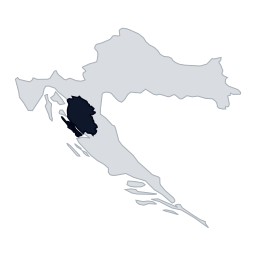 location of Licko-Senjska within Croatia
{"feature_id": "HRV-1584", "entity_name": "Licko-Senjska", "entity_type": "County", "adm_level": 1, "iso_a3": "HRV", "parent_name": "Croatia", "parent_adm1": "", "projection": "natural_earth1", "projection_center": [15.249, 44.713], "detail": "fine", "context": "in_parent", "style": "filled", "palette": "ink", "viewbox_px": 256, "rotation_deg": 0, "n_neighbors": 0, "source": "natural_earth", "source_scale": "10m", "svg_char_len": 6312}
<svg xmlns="http://www.w3.org/2000/svg" viewBox="0 0 256 256"><path d="M17.7,77.5L19.1,79.4L29.2,81.8L31.4,80.8L32.7,79.2L32.7,78.2L33.6,77.9L37.1,79.4L48.0,79.2L50.2,78.0L54.3,71.3L55.6,70.7L56.5,71.0L57.1,73.0L58.7,74.9L64.2,79.4L66.2,79.9L68.2,78.7L70.3,78.3L76.3,80.7L81.3,81.2L85.1,79.9L83.2,76.3L82.9,74.5L83.2,72.9L85.7,71.3L85.6,70.6L82.5,67.8L82.7,67.0L89.4,63.9L95.9,62.1L97.0,60.8L97.9,54.9L97.5,51.7L94.9,48.8L94.7,47.3L95.3,45.8L96.3,44.4L102.0,42.8L110.2,39.3L112.7,36.1L114.2,35.6L118.8,36.0L119.8,35.3L119.2,30.7L120.0,29.5L122.4,28.2L126.4,28.7L129.8,29.9L138.6,33.9L143.4,37.7L146.0,41.8L149.6,45.0L154.0,47.3L157.6,50.4L160.2,54.3L163.9,56.5L168.6,56.9L171.6,58.3L172.8,60.5L175.4,62.5L179.3,64.2L185.3,65.2L200.4,66.0L207.0,64.0L212.0,58.6L214.1,59.0L221.1,57.4L220.7,60.6L218.7,62.0L220.8,65.4L222.9,70.8L221.8,73.4L223.2,75.5L227.5,77.6L226.3,78.2L225.4,80.0L225.3,83.2L228.7,86.2L237.9,89.6L240.6,92.3L240.6,93.4L240.2,94.2L233.2,94.4L230.5,93.1L230.3,95.2L227.7,95.9L229.3,103.9L228.7,106.2L227.8,106.9L225.8,106.5L225.3,107.3L225.8,108.9L223.3,109.1L219.2,108.3L217.4,106.7L217.0,103.7L215.7,101.3L212.4,98.8L205.7,98.4L197.9,96.1L192.3,96.8L186.9,95.7L182.2,98.8L179.9,98.8L175.1,94.9L173.7,94.7L169.6,96.6L168.0,96.7L161.1,94.6L158.6,94.3L156.8,95.0L153.5,94.2L145.5,89.2L140.7,93.0L130.7,92.1L127.7,94.7L124.4,99.8L121.6,102.2L119.2,101.3L116.4,99.1L111.4,93.4L109.0,92.4L106.1,92.1L103.6,92.7L102.2,93.9L100.4,109.6L100.3,114.0L105.8,118.1L112.3,125.1L114.4,125.9L115.5,128.2L118.8,140.8L122.1,145.2L133.3,155.5L138.1,162.0L152.5,174.8L158.8,177.1L159.8,178.3L159.9,183.3L160.6,185.1L164.9,190.3L173.6,198.0L174.6,199.7L174.9,201.0L174.3,202.0L172.1,203.1L162.1,194.4L154.3,189.7L145.5,180.9L133.8,177.4L125.8,173.5L115.7,175.3L112.4,175.4L110.0,174.7L108.4,172.3L108.3,168.0L103.7,164.1L97.3,160.5L91.3,155.7L79.2,142.9L76.7,138.7L83.0,137.2L90.1,138.0L82.4,132.6L71.3,121.9L68.0,116.9L67.6,111.4L68.5,104.0L66.5,98.7L58.0,91.8L54.9,88.1L48.6,86.0L45.8,86.2L44.1,88.9L42.8,94.8L32.4,110.6L28.3,110.5L23.8,103.0L19.5,97.3L18.6,91.4L15.4,79.2L17.7,77.5ZM205.3,221.6L205.4,223.4L208.5,227.8L194.6,217.9L181.4,210.0L172.1,208.0L159.4,201.6L151.2,199.3L157.9,198.8L177.5,207.4L175.3,205.1L178.1,204.2L180.5,204.8L182.1,207.6L193.1,215.2L200.1,219.6L205.3,221.6ZM52.4,119.1L52.1,121.0L49.7,118.6L48.6,114.3L45.7,107.4L45.3,105.5L46.8,103.6L46.7,101.6L44.7,95.6L46.4,94.6L47.5,94.5L47.9,98.7L48.8,101.1L51.6,104.0L51.0,108.9L51.6,115.9L52.4,119.1ZM64.8,103.7L60.0,104.7L57.8,102.9L57.2,101.4L53.3,100.9L50.5,97.8L53.8,95.5L55.6,91.7L62.1,99.4L64.8,103.7ZM141.0,186.8L134.9,187.0L129.6,186.1L127.0,184.6L128.0,181.1L133.9,181.4L142.9,182.9L145.1,184.7L144.4,185.5L141.0,186.8ZM156.9,193.9L154.2,194.4L137.0,194.0L131.9,193.0L125.2,189.6L130.8,188.9L136.0,189.6L137.6,191.5L156.9,193.9ZM79.3,134.9L78.3,136.2L68.7,127.6L67.6,124.7L62.8,118.9L62.1,117.3L66.5,121.2L68.1,121.5L72.3,125.2L76.4,130.0L81.2,134.2L79.3,134.9ZM135.9,200.2L143.0,201.6L148.3,201.0L153.0,201.8L156.7,204.1L148.6,203.6L143.7,205.2L139.3,204.3L137.7,203.3L136.5,202.0L135.9,200.2ZM79.3,155.0L79.8,156.2L77.2,155.8L67.8,145.1L66.8,143.1L70.2,145.5L79.3,155.0ZM62.6,110.1L66.5,116.5L62.9,114.5L59.7,113.8L59.0,112.3L60.2,110.0L62.6,110.1ZM173.0,211.3L178.4,214.7L162.8,210.3L166.2,209.8L173.0,211.3ZM86.3,152.5L88.9,156.2L86.4,155.4L83.9,153.2L82.4,150.7L86.3,152.5ZM80.9,148.2L81.5,149.9L76.7,146.7L74.5,143.6L80.9,148.2Z" fill="#d9dde1" stroke="#a8b0b8" stroke-width="1"/><path d="M83.3,133.5L78.0,128.5L76.2,126.2L75.1,125.1L74.0,124.7L73.9,124.5L72.6,123.5L72.3,123.5L72.1,123.1L68.2,117.7L67.6,116.0L68.0,115.4L68.0,114.7L67.7,113.9L67.6,112.9L67.5,110.2L67.6,109.3L68.4,106.3L68.8,105.5L69.0,104.6L68.8,103.5L67.5,100.9L67.7,100.5L67.7,99.9L67.7,99.7L67.8,99.6L69.2,98.8L69.5,98.8L69.9,99.0L70.0,99.1L70.8,99.0L71.9,99.1L72.5,99.1L72.8,99.0L72.9,98.8L73.1,98.5L73.1,98.1L73.1,97.9L72.4,96.6L76.9,97.5L78.2,97.4L79.1,96.6L79.3,96.4L79.5,96.5L79.8,96.9L80.0,97.2L80.2,97.4L80.5,97.7L80.7,97.8L80.9,98.1L81.1,98.3L81.3,98.5L86.5,101.3L86.8,101.6L87.5,103.2L87.7,103.5L88.1,103.9L88.9,104.4L89.1,104.6L89.2,104.8L89.5,105.7L89.6,106.0L89.9,106.3L90.0,106.4L90.2,106.5L90.3,106.5L90.9,106.4L91.4,106.4L91.7,106.6L91.8,106.7L91.9,106.9L92.0,107.1L92.3,107.4L93.8,108.5L93.5,109.4L93.0,109.9L92.3,110.4L92.2,110.5L92.4,110.9L93.0,111.3L93.7,111.6L94.1,111.9L94.3,112.0L95.0,112.1L95.1,112.5L95.1,112.8L94.9,113.0L93.8,113.7L93.4,114.0L93.0,114.2L92.7,114.3L92.5,114.5L92.2,114.6L91.9,114.7L90.6,114.6L90.3,114.7L90.2,114.9L90.2,115.3L90.3,115.7L90.7,116.1L91.0,116.4L91.6,116.8L91.9,116.9L92.1,117.3L92.3,117.7L92.5,118.5L92.5,119.4L92.6,119.7L93.2,120.3L93.4,120.5L93.6,121.5L93.7,121.8L93.7,122.1L93.5,122.4L93.5,122.6L93.7,122.9L96.0,124.9L96.5,125.6L97.1,127.2L95.2,128.5L94.9,128.8L94.8,129.0L95.0,129.4L95.2,129.5L95.3,129.6L95.5,129.7L95.7,129.8L95.8,129.9L95.8,130.1L95.9,130.3L96.0,130.4L96.1,130.5L96.3,130.6L96.5,130.9L96.4,131.2L96.3,131.7L96.0,132.3L95.7,132.8L95.1,133.5L94.7,133.9L94.2,134.1L93.8,134.1L93.5,134.2L93.3,134.3L93.0,135.2L91.7,133.7L91.3,133.4L91.0,133.3L88.1,133.0L87.8,133.0L87.6,132.9L87.4,132.7L86.9,132.1L86.0,131.5L85.5,131.2L85.3,131.1L85.0,131.1L84.6,131.2L84.3,131.5L84.2,131.8L83.3,133.5L83.3,133.5ZM67.3,124.0L66.9,123.7L62.9,119.2L62.2,118.1L61.8,117.0L62.0,117.0L63.6,118.7L66.1,122.0L67.6,123.0L67.4,121.6L68.3,121.6L69.7,122.3L70.7,123.3L71.6,124.6L72.2,125.1L73.6,125.6L74.0,126.1L74.4,126.9L74.9,127.7L74.2,127.6L73.1,126.8L72.3,126.7L72.5,126.2L71.0,125.1L70.2,124.9L69.8,124.6L69.3,124.4L68.6,124.4L68.6,124.7L70.7,125.7L73.9,129.9L75.7,131.0L75.1,130.6L74.5,129.9L74.0,129.1L73.6,128.0L75.2,128.8L78.8,132.2L79.7,132.7L80.2,133.3L81.3,134.2L81.8,134.7L81.1,134.9L80.2,134.4L79.2,133.7L78.4,133.4L78.4,133.7L79.1,133.8L79.7,134.2L80.3,134.8L80.8,135.4L80.0,135.4L80.0,135.6L80.1,135.8L80.3,135.9L80.5,136.0L79.7,135.8L78.0,135.1L77.1,135.1L77.1,135.4L78.6,136.4L78.6,136.7L77.8,136.5L77.0,136.1L76.3,135.4L75.7,134.7L75.7,134.4L76.3,134.4L76.3,134.0L76.0,133.9L75.8,133.7L75.5,133.0L75.9,133.1L76.1,133.0L76.3,132.8L76.5,132.4L75.5,131.8L75.2,131.7L74.9,131.7L74.2,132.1L73.9,132.0L73.5,131.6L72.8,130.3L70.4,128.5L70.1,128.5L68.1,127.3L68.1,127.0L68.3,127.0L68.7,126.8L68.9,126.7L68.4,125.9L67.3,124.4L67.3,124.0Z" fill="#0f172a" stroke="#020617" stroke-width="1.5"/></svg>